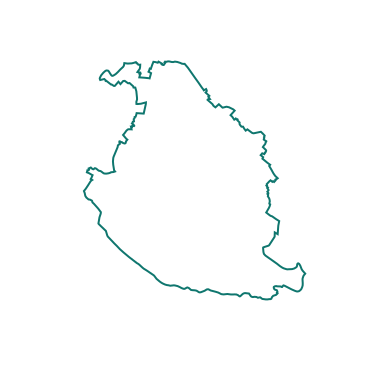 the district of Thanh Liem, Hà Nam, Vietnam, rotated 313°
{"feature_id": "81297802B85424672096974", "entity_name": "Thanh Liem", "entity_type": "district", "adm_level": 2, "iso_a3": "VNM", "parent_name": "Vietnam", "parent_adm1": "Hà Nam", "projection": "natural_earth1", "projection_center": [105.93, 20.458], "detail": "fine", "context": "isolated", "style": "outline", "palette": "teal", "viewbox_px": 384, "rotation_deg": 313, "n_neighbors": 0, "source": "geoboundaries", "source_scale": "gbopen_adm2", "svg_char_len": 6027}
<svg xmlns="http://www.w3.org/2000/svg" viewBox="0 0 384 384"><g transform="rotate(313 192 192)"><path d="M240.1,54.6L238.0,56.0L236.5,56.3L232.6,56.0L229.2,56.0L226.4,55.8L224.6,55.4L223.1,54.9L222.7,54.6L222.4,54.1L222.4,53.1L223.0,50.6L223.5,48.8L223.5,47.9L222.7,46.7L221.9,46.2L221.0,46.0L218.7,45.8L215.3,46.0L212.9,46.7L212.2,47.0L211.6,47.8L211.3,48.5L214.8,50.8L214.8,52.6L214.6,52.7L214.3,53.1L214.4,53.4L214.9,53.8L215.4,59.5L215.8,59.8L216.3,62.5L216.6,62.9L217.1,63.2L222.5,63.0L222.1,66.1L226.3,66.0L227.4,67.0L227.9,71.0L228.0,71.2L229.1,72.0L229.2,76.9L228.5,78.0L229.7,79.3L227.7,82.6L223.6,87.3L222.2,88.7L220.0,89.8L218.5,91.3L219.2,92.2L221.8,94.5L226.1,97.2L224.9,98.2L216.4,103.2L211.9,97.7L210.2,98.7L208.6,99.4L208.4,99.4L207.7,98.9L206.6,99.7L205.5,99.7L204.1,101.4L203.0,100.8L202.2,101.3L201.3,101.3L201.4,103.3L201.0,104.6L200.6,104.6L200.3,104.2L199.9,103.0L199.7,103.0L198.6,103.8L198.1,102.9L196.6,105.1L195.2,103.4L194.5,102.7L193.9,102.4L192.1,102.2L189.0,102.6L186.7,102.7L186.1,107.8L186.2,109.0L184.0,109.2L182.7,110.0L182.1,110.0L181.4,109.5L180.7,107.8L180.7,107.0L180.6,106.6L180.1,106.3L179.9,104.7L179.6,104.4L179.3,104.5L178.7,105.1L178.0,106.4L175.6,106.0L174.1,107.0L164.4,110.6L163.2,111.2L160.5,113.3L158.2,115.8L154.7,120.3L154.5,121.7L153.0,120.9L151.2,119.3L150.6,119.2L148.9,118.3L147.1,116.9L146.1,115.8L145.4,114.6L145.1,111.5L144.8,110.6L144.1,109.5L143.9,108.6L143.8,106.6L143.6,105.4L143.0,104.6L141.5,104.5L141.2,104.1L141.0,103.7L140.9,102.9L140.9,101.3L138.8,100.4L138.5,101.3L138.2,101.5L137.4,101.5L137.0,101.3L136.6,100.7L134.7,101.7L135.5,103.7L136.2,106.8L136.5,107.8L133.5,108.9L132.4,109.1L132.7,110.8L131.5,110.5L130.3,110.6L126.1,111.4L121.9,112.1L119.0,112.3L118.1,114.2L116.4,116.6L115.9,118.5L116.0,121.4L116.8,122.5L117.4,124.6L117.3,125.1L116.5,126.3L116.5,128.3L115.9,134.7L115.1,139.1L113.9,140.0L110.4,141.6L105.2,145.0L105.0,145.5L104.9,148.4L104.8,155.6L102.5,159.5L102.0,160.7L101.4,170.2L101.3,173.8L101.0,178.2L101.1,183.0L101.5,190.4L102.4,200.1L102.8,201.8L102.9,203.2L102.9,207.2L103.0,208.9L103.7,212.4L104.9,220.3L105.0,221.3L104.3,225.3L104.5,229.3L104.8,231.6L105.2,233.2L105.9,235.3L106.8,237.1L107.8,238.5L108.6,240.0L111.4,242.4L112.1,243.4L113.4,245.7L114.2,248.2L114.6,249.8L115.4,251.8L115.9,252.4L116.3,252.7L118.7,253.5L119.1,253.8L119.6,255.2L119.7,258.0L120.3,259.0L122.0,261.1L122.7,262.2L123.0,262.9L123.4,265.2L123.6,265.8L124.1,266.3L124.7,266.8L126.5,267.7L128.4,268.6L130.7,269.2L131.3,269.6L131.9,270.2L132.1,270.6L132.7,272.8L135.2,277.4L136.4,279.9L137.2,282.8L137.5,283.4L138.7,285.0L141.5,287.4L143.5,290.2L146.5,293.4L147.3,294.3L147.9,295.9L148.1,297.8L148.3,298.2L148.9,298.4L151.9,298.6L152.9,298.9L153.7,299.3L154.3,299.8L156.6,302.9L155.9,306.3L156.2,307.4L156.7,308.2L157.9,309.1L159.0,310.5L159.2,310.8L159.6,312.3L161.4,313.6L161.6,314.4L161.6,315.5L161.8,316.4L163.7,319.1L165.1,320.6L166.4,321.6L167.1,322.4L167.7,322.7L168.0,322.8L169.7,322.2L171.5,322.2L174.0,323.6L175.1,323.7L176.1,323.7L176.1,322.8L176.5,322.6L177.2,322.7L177.7,321.8L178.0,321.0L177.2,319.4L177.1,318.4L177.7,317.1L178.4,316.6L179.3,316.8L180.6,317.7L181.0,318.5L183.5,321.4L183.7,322.4L184.0,322.7L185.8,322.5L186.1,322.6L186.6,323.7L188.7,331.2L190.0,334.9L190.7,336.4L191.1,336.9L191.7,337.4L192.5,337.9L193.5,338.1L194.8,338.2L195.7,338.1L197.7,337.4L199.2,336.6L200.8,335.2L203.5,332.4L204.3,331.8L206.5,330.8L207.4,330.6L209.5,330.5L209.9,326.5L210.3,324.9L212.0,321.3L212.5,319.4L212.3,318.4L212.1,318.2L211.8,318.1L211.0,318.2L209.6,319.2L208.9,319.5L208.2,319.6L205.9,319.0L203.9,317.8L200.4,314.4L199.9,313.6L198.8,311.3L198.3,309.8L197.8,306.9L197.5,303.1L195.6,289.1L195.7,287.7L195.8,286.8L196.8,285.2L199.6,282.1L200.0,281.9L200.9,282.3L205.0,284.6L205.8,284.7L214.8,283.1L215.7,282.9L218.9,280.1L219.6,283.4L226.2,278.1L230.2,275.6L229.5,272.0L228.9,267.6L228.7,266.8L228.3,266.1L228.0,264.8L227.6,260.3L232.8,259.1L234.6,258.5L236.3,257.6L236.2,256.5L238.3,255.2L239.4,253.8L240.0,252.7L240.6,250.4L241.7,249.8L242.0,248.6L242.8,248.9L243.1,248.8L243.3,248.6L243.6,246.9L245.4,246.8L245.6,246.7L245.8,246.2L246.1,244.6L246.2,244.3L247.0,244.5L247.4,242.2L248.0,242.4L248.7,241.3L252.5,241.3L254.1,241.5L254.2,243.8L255.2,243.9L255.3,245.2L257.5,245.2L257.7,244.6L258.1,244.5L259.7,245.2L260.5,245.3L260.5,242.1L260.8,240.4L261.2,238.7L262.5,234.8L263.7,230.7L265.2,230.6L264.8,227.2L264.4,220.8L266.0,220.3L265.8,217.1L268.2,217.0L269.0,219.0L270.0,218.6L270.4,218.5L270.5,218.8L271.5,218.6L272.6,218.2L273.0,217.8L273.1,217.2L273.2,213.2L274.3,213.0L276.8,212.8L277.3,212.7L278.6,212.0L279.6,211.9L279.8,211.7L279.4,209.7L279.3,208.7L279.5,208.5L281.0,207.9L281.2,207.2L282.5,206.9L282.8,206.7L283.0,203.7L283.0,201.3L277.3,197.3L276.7,196.7L276.2,195.6L275.6,189.8L273.5,189.4L273.9,187.1L274.6,184.8L273.5,183.6L273.8,181.4L274.2,180.3L275.3,179.4L275.4,176.3L276.2,175.9L276.2,175.6L275.6,175.2L275.5,174.9L275.6,173.9L274.6,173.9L273.7,173.6L274.5,170.0L274.5,167.8L280.6,167.7L280.6,166.3L280.5,165.6L279.2,161.3L278.1,159.4L277.8,159.0L274.6,156.9L274.5,156.5L274.5,151.8L269.9,151.4L269.7,149.5L269.7,148.7L270.2,147.1L270.0,140.5L270.3,140.4L271.0,140.6L271.6,141.0L272.2,141.6L272.8,139.0L273.1,139.0L274.1,139.1L274.0,134.1L275.4,134.1L276.0,133.9L276.6,132.9L276.9,132.1L274.4,131.3L274.7,130.4L275.1,128.0L276.4,122.2L277.4,117.1L280.1,104.3L280.7,99.2L280.1,98.7L278.9,97.0L278.5,95.6L277.1,92.6L275.7,90.6L274.3,89.7L273.3,88.6L272.1,86.5L271.2,85.4L269.4,84.2L269.0,83.4L268.0,83.5L268.0,84.4L265.6,84.7L265.1,84.1L264.8,83.4L264.7,82.7L265.4,82.5L264.5,78.6L263.2,78.8L262.1,76.7L260.9,75.0L257.8,76.2L254.0,77.9L253.5,76.9L251.4,77.9L250.3,78.2L250.8,80.1L251.0,81.0L246.2,83.5L246.0,83.1L243.3,79.5L239.9,75.3L242.9,73.6L242.5,73.0L242.9,72.4L243.7,73.4L244.1,72.7L243.0,71.3L242.5,70.3L243.1,70.2L245.8,69.9L246.6,69.7L247.9,68.9L249.8,67.3L249.1,66.7L248.5,65.9L248.8,64.1L248.3,63.7L248.7,62.4L246.7,61.3L245.0,60.2L242.0,57.3L240.1,54.6Z" fill="none" stroke="#0f766e" stroke-width="2"/></g></svg>